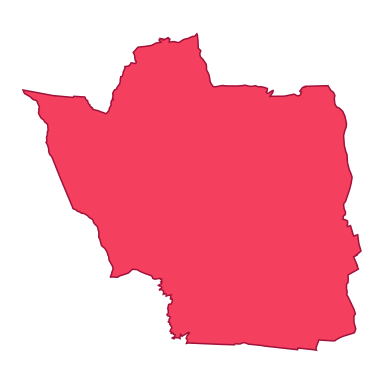 Micesti, Arges, Romania
{"feature_id": "2599482B37753295637725", "entity_name": "Micesti", "entity_type": "district", "adm_level": 2, "iso_a3": "ROU", "parent_name": "Romania", "parent_adm1": "Arges", "projection": "equal_earth", "projection_center": [24.848, 44.975], "detail": "fine", "context": "isolated", "style": "filled", "palette": "rose", "viewbox_px": 384, "rotation_deg": 0, "n_neighbors": 0, "source": "geoboundaries", "source_scale": "gbopen_adm2", "svg_char_len": 5857}
<svg xmlns="http://www.w3.org/2000/svg" viewBox="0 0 384 384"><path d="M347.2,292.4L346.9,290.2L346.5,289.0L346.5,285.8L346.7,283.9L348.0,282.6L348.2,279.3L348.1,277.9L348.1,274.9L358.4,269.1L356.9,265.6L357.3,265.5L353.6,256.8L355.6,255.9L357.0,255.1L356.5,254.6L358.5,253.3L361.0,251.0L358.9,243.8L357.7,234.7L353.6,236.1L350.5,225.6L347.8,226.6L347.6,226.2L347.0,225.5L347.4,224.9L347.6,223.9L347.6,221.3L347.4,220.9L346.8,220.4L344.3,219.5L342.8,219.2L343.6,215.8L345.3,214.6L345.5,212.1L344.1,208.6L343.6,204.9L343.9,203.5L345.6,201.3L349.6,189.4L351.2,183.2L352.1,177.4L351.3,174.5L349.2,169.5L347.5,162.8L347.0,154.6L345.6,150.9L344.3,145.4L343.6,135.7L344.9,130.4L346.3,126.8L346.5,123.6L344.9,116.1L342.8,111.5L340.0,108.7L338.2,107.5L336.7,107.2L334.9,104.0L334.3,98.3L334.9,95.6L333.8,93.0L332.7,91.7L330.9,90.5L328.0,85.7L305.2,86.3L305.2,87.1L303.5,87.0L302.5,87.6L299.9,91.0L299.9,91.4L300.1,91.7L300.6,91.9L301.5,92.0L300.9,93.4L300.5,94.4L300.1,95.2L298.6,95.7L297.6,95.9L296.2,95.3L295.3,94.6L293.8,94.2L285.3,96.0L283.4,96.2L271.2,96.3L270.0,96.5L270.1,95.8L271.9,93.9L273.0,91.8L273.2,90.5L273.1,90.4L272.3,90.8L272.0,90.8L271.4,91.4L270.6,91.6L269.6,92.5L269.1,92.9L267.8,93.2L267.5,93.2L266.2,92.3L266.2,92.1L266.8,91.7L267.0,91.0L267.3,90.3L267.4,88.5L264.3,87.4L260.5,86.6L258.9,86.9L257.7,86.6L255.6,85.7L252.9,86.2L251.1,86.4L248.4,86.0L245.3,85.2L240.6,85.8L236.4,86.0L225.5,85.9L223.1,85.5L221.8,85.6L214.9,86.9L212.9,86.3L211.1,83.6L210.2,81.6L209.2,75.4L208.4,73.4L206.4,69.5L206.6,67.8L206.2,64.2L202.8,59.2L200.8,57.3L200.0,55.6L199.9,53.3L200.8,50.7L198.3,48.3L198.0,40.7L197.4,35.5L197.1,34.1L196.9,33.8L194.8,36.1L193.8,36.4L192.8,36.4L189.7,37.6L188.0,38.5L186.0,38.8L184.0,39.4L183.1,39.8L179.4,42.2L178.6,42.5L177.4,42.4L175.0,41.8L173.9,41.6L172.1,41.7L171.0,42.0L169.1,41.9L169.9,39.1L168.3,38.7L168.4,38.4L168.5,37.8L168.1,37.7L167.9,37.7L165.2,39.2L164.8,39.6L164.1,39.7L164.5,39.4L163.5,39.1L160.0,38.5L160.3,39.3L159.0,40.0L159.8,41.1L160.9,42.2L155.8,43.1L153.7,44.3L151.7,45.3L151.0,45.5L146.0,46.3L138.0,47.2L133.2,52.5L134.2,54.3L134.7,56.1L134.9,58.6L135.4,60.8L136.3,61.5L135.8,63.5L131.2,62.8L129.9,64.9L128.7,65.9L127.2,66.3L124.9,66.5L125.1,67.8L123.1,72.4L123.0,74.4L122.1,76.2L121.7,76.6L120.7,76.7L120.5,78.3L120.1,80.1L120.4,80.7L120.1,81.8L119.9,83.2L119.4,84.3L117.2,87.2L116.8,88.4L116.2,89.3L114.6,89.9L113.8,91.0L112.9,92.9L112.7,94.4L113.0,95.3L113.0,96.4L112.5,98.3L112.6,98.9L113.2,99.3L113.4,99.8L112.8,100.1L112.0,100.0L111.5,100.7L110.9,103.1L111.2,104.8L110.5,106.0L110.2,106.9L109.4,108.1L109.0,110.5L106.7,113.1L105.6,113.7L103.7,112.7L100.9,111.9L98.5,110.8L94.9,109.9L93.8,109.7L92.2,108.5L92.4,108.0L89.9,105.9L89.9,104.9L89.1,104.3L88.3,103.2L87.7,101.6L87.7,100.7L86.0,99.6L85.6,98.9L85.3,97.7L84.8,97.0L73.8,96.3L73.0,97.4L53.2,95.6L23.0,90.0L23.3,90.8L24.5,93.5L30.6,97.0L31.5,98.1L33.4,99.7L35.1,100.0L36.2,100.5L37.0,101.4L38.7,105.5L39.5,106.8L39.2,107.7L38.8,108.7L38.9,110.4L38.5,112.7L39.0,114.3L40.7,117.5L41.6,118.5L43.9,120.2L44.7,122.0L45.4,122.4L47.2,124.1L47.7,124.7L48.1,130.5L47.4,131.6L47.4,133.4L47.2,135.0L47.0,136.0L46.5,137.1L46.6,138.5L46.9,139.8L46.8,141.4L46.0,142.3L46.1,142.6L46.9,143.7L47.5,144.9L47.6,145.5L48.6,148.5L48.7,151.1L49.1,153.0L50.0,154.8L51.4,156.2L52.3,157.9L60.2,177.8L72.6,207.3L72.8,208.2L73.4,208.9L74.5,209.2L75.9,209.9L77.2,211.0L78.2,211.6L79.3,211.7L81.3,213.1L84.2,213.6L87.4,215.5L89.5,217.7L92.4,219.4L92.9,220.0L93.6,222.5L95.3,224.7L97.0,226.0L97.9,227.9L98.2,230.1L98.8,231.8L98.8,237.4L99.9,239.5L101.5,245.6L104.9,248.5L107.0,251.8L108.0,255.2L108.5,256.0L108.8,257.3L109.0,259.8L109.5,261.0L112.1,265.5L113.0,267.8L112.9,269.9L112.0,271.8L111.5,274.2L110.5,276.4L110.5,277.1L113.7,277.0L117.2,277.3L118.1,277.0L119.7,275.9L128.3,273.1L132.4,269.3L137.0,269.6L140.5,271.6L144.8,273.4L151.5,275.8L152.2,276.7L152.8,278.4L154.8,279.2L158.2,278.6L160.1,278.5L160.2,278.9L160.5,279.2L161.0,279.3L161.6,279.0L161.7,279.4L161.4,279.9L161.6,281.3L161.9,281.6L160.8,281.9L161.7,283.6L158.3,285.3L158.6,285.7L160.8,286.4L161.6,286.9L161.8,287.6L161.5,288.1L159.5,289.4L159.4,289.8L159.5,290.0L160.5,289.7L161.1,289.7L162.6,290.1L163.1,290.7L163.5,291.6L163.6,292.6L163.5,293.5L163.2,294.0L163.2,294.4L165.4,293.6L165.9,293.8L166.2,294.6L166.1,296.1L167.8,295.5L171.1,294.9L170.6,296.1L170.6,296.8L170.9,297.2L170.4,298.7L171.1,299.4L172.3,299.2L172.4,300.1L172.0,302.1L171.2,303.8L170.7,304.2L169.4,304.1L168.7,304.5L168.3,305.6L168.2,307.0L167.8,307.7L167.8,308.9L168.2,309.8L168.2,311.6L168.3,313.1L168.1,313.6L167.0,314.4L167.1,315.0L167.5,315.7L168.4,316.1L169.0,316.1L169.6,316.4L170.3,317.1L170.3,317.6L169.1,319.2L169.2,320.4L169.1,320.9L168.3,321.5L168.5,322.1L169.8,322.9L170.3,323.4L170.2,323.8L169.8,324.3L170.9,325.9L171.0,325.9L171.0,326.1L171.5,326.7L171.8,327.8L171.5,328.4L171.2,328.7L170.8,329.4L170.5,330.3L170.1,331.0L170.1,331.4L171.3,332.2L171.2,333.4L171.6,333.5L172.4,333.4L172.8,332.9L173.4,334.1L173.5,334.0L174.0,334.4L175.2,334.9L174.5,336.8L172.9,337.5L172.2,338.0L173.9,338.9L175.1,337.7L177.1,337.7L179.1,338.0L180.0,338.6L180.1,336.2L180.6,334.7L180.8,334.3L182.0,336.3L188.3,332.4L189.0,332.5L189.5,332.9L189.0,333.8L188.1,333.7L188.0,334.3L188.0,335.0L187.1,335.6L187.0,336.5L186.1,338.4L187.5,340.0L187.4,341.0L186.4,343.4L188.3,343.0L221.1,344.4L234.5,344.8L234.9,344.0L235.6,343.8L239.1,344.0L240.1,343.9L240.9,343.7L242.0,343.1L243.0,342.8L244.0,342.7L245.4,342.9L248.2,344.1L262.8,345.6L263.3,345.9L275.6,347.3L297.6,349.7L297.8,348.0L308.2,349.1L315.0,349.9L316.4,350.2L316.1,349.5L316.0,348.8L316.3,347.2L317.5,343.6L318.2,342.1L318.9,339.8L321.4,340.2L333.7,340.9L335.1,340.7L336.4,339.6L338.5,338.4L340.9,337.2L343.4,336.2L354.4,332.8L355.8,328.9L354.0,322.6L353.9,316.1L355.4,313.9L353.9,309.1L348.2,297.1L346.7,294.7L347.2,292.4Z" fill="#f43f5e" stroke="#9f1239" stroke-width="1.5"/></svg>